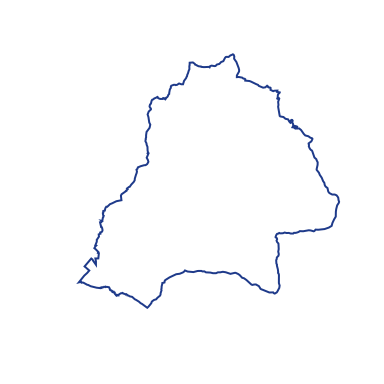 Bretcu, Covasna, Romania (orthographic projection), rotated 341°
{"feature_id": "2599482B63813155065501", "entity_name": "Bretcu", "entity_type": "district", "adm_level": 2, "iso_a3": "ROU", "parent_name": "Romania", "parent_adm1": "Covasna", "projection": "orthographic", "projection_center": [26.35, 46.045], "detail": "fine", "context": "isolated", "style": "outline", "palette": "blue", "viewbox_px": 384, "rotation_deg": 341, "n_neighbors": 0, "source": "geoboundaries", "source_scale": "gbopen_adm2", "svg_char_len": 5961}
<svg xmlns="http://www.w3.org/2000/svg" viewBox="0 0 384 384"><g transform="rotate(341 192 192)"><path d="M313.0,269.5L314.7,267.0L317.5,264.1L319.9,262.1L321.6,257.5L322.8,255.1L324.9,251.9L327.1,250.2L327.9,249.2L327.9,247.5L328.4,245.1L328.2,243.9L327.6,242.2L326.2,240.9L323.7,240.0L321.7,237.9L321.2,236.9L321.0,235.6L321.4,232.4L320.2,230.5L319.9,229.6L319.8,228.4L320.1,226.4L319.5,224.4L319.3,220.7L318.4,217.4L318.3,215.1L317.1,211.7L317.2,211.1L319.6,207.2L320.5,204.8L320.2,202.9L320.2,201.4L319.0,199.3L319.0,192.5L318.8,191.7L318.1,190.9L317.5,189.3L317.3,186.9L318.0,185.5L317.9,184.4L318.1,184.0L321.3,183.0L322.9,181.4L323.2,180.9L323.1,180.4L321.5,179.1L320.2,177.2L317.5,175.4L316.6,173.5L315.3,168.9L314.0,166.8L310.4,165.7L309.8,165.0L310.1,164.5L310.8,164.2L312.5,164.8L312.7,164.5L312.4,164.1L310.6,162.9L308.5,163.7L308.1,163.5L309.1,162.5L309.5,161.6L309.7,160.3L309.4,158.9L310.4,157.3L310.2,156.5L309.5,156.2L308.1,156.8L307.7,157.5L308.0,158.6L307.6,158.7L306.9,157.1L306.5,154.6L304.2,153.2L302.9,150.9L300.1,149.3L299.7,148.6L301.2,139.4L302.1,137.8L302.8,134.8L304.9,132.1L304.7,131.5L303.4,131.8L303.1,131.7L303.0,131.4L303.8,130.5L304.6,128.6L305.2,127.6L307.3,126.6L307.4,126.4L305.0,125.0L305.7,123.9L302.6,123.0L301.6,123.1L299.5,121.0L300.2,119.2L299.9,118.7L298.8,118.3L298.1,117.5L298.3,117.1L297.6,116.0L295.5,116.9L293.2,116.5L289.7,113.4L289.3,112.2L287.9,111.0L283.7,106.8L282.5,105.8L278.6,104.0L279.1,102.8L278.7,102.1L277.5,101.5L276.7,100.2L273.7,98.5L271.8,98.0L272.4,96.4L275.7,93.4L276.3,92.0L276.5,90.0L276.3,83.5L275.3,80.1L275.3,79.4L276.1,77.7L276.1,76.0L275.8,75.4L275.3,75.1L274.0,75.4L272.9,75.3L270.6,76.2L268.4,75.4L267.8,75.4L266.8,76.0L264.2,78.5L261.8,78.6L259.6,79.8L257.0,79.6L255.3,80.5L254.3,80.3L251.7,78.9L250.2,78.9L249.3,79.8L249.0,79.3L243.9,77.8L241.5,76.7L241.4,76.3L239.4,75.4L238.0,74.2L237.8,73.7L236.4,72.5L236.4,71.8L235.0,69.8L231.9,69.0L230.9,71.6L230.5,72.0L229.5,75.1L228.5,76.1L226.8,78.5L225.7,79.6L225.0,80.9L224.6,81.1L223.5,82.4L220.7,84.3L218.6,87.2L216.9,86.6L215.1,85.2L212.7,85.8L211.3,85.6L210.9,85.1L209.7,84.7L207.0,84.8L206.4,85.3L205.9,86.6L204.4,87.9L202.7,90.9L202.4,91.8L201.3,92.4L200.3,93.6L199.3,94.3L198.3,94.4L197.8,95.1L196.9,95.7L196.7,95.4L197.0,95.0L197.0,94.6L195.8,94.2L195.4,93.8L195.2,93.8L194.7,94.5L192.6,93.8L191.6,93.2L190.5,92.1L190.5,91.2L190.2,90.8L189.3,91.1L186.6,91.3L185.6,91.8L184.4,91.8L183.5,92.6L181.9,95.1L180.8,95.6L179.8,97.1L179.7,97.5L179.8,98.6L180.3,99.6L180.0,100.6L177.3,101.8L175.3,104.2L175.2,107.0L174.2,112.4L174.5,114.7L172.8,117.5L168.6,120.4L167.1,123.3L166.3,125.6L165.7,126.2L165.6,127.0L165.1,127.5L164.5,128.9L164.8,131.1L164.5,132.5L164.6,134.8L163.5,138.4L163.3,140.4L162.6,140.9L162.8,141.3L163.3,141.5L160.3,144.9L160.7,147.1L160.6,149.2L160.3,149.6L158.7,151.0L156.9,151.5L155.4,151.1L151.9,150.9L148.8,151.1L148.1,152.2L146.8,152.8L146.6,154.8L145.5,156.5L144.9,157.1L142.3,160.7L141.6,162.3L140.2,163.5L137.0,165.2L134.8,166.8L134.1,166.7L131.7,167.5L132.0,168.5L130.1,169.3L130.2,169.6L124.7,171.2L123.6,172.3L122.6,176.8L117.5,176.1L112.7,176.7L110.5,176.8L107.0,178.4L106.2,178.0L104.8,179.1L103.5,181.2L102.0,181.0L101.7,181.5L101.8,182.1L100.8,182.9L100.9,183.7L100.6,184.0L100.4,185.6L100.7,185.8L100.5,186.1L100.2,186.1L100.0,186.8L99.4,187.2L98.0,189.7L97.5,189.9L97.1,189.7L97.5,190.4L96.5,190.7L96.4,190.9L95.2,190.7L94.7,195.4L95.1,195.4L95.3,196.9L95.0,198.9L94.6,199.6L93.8,200.3L92.0,200.4L91.9,201.6L90.0,201.7L89.5,203.9L86.3,206.3L86.1,207.3L85.6,208.2L83.2,211.0L83.9,211.5L82.8,212.1L81.4,213.3L82.3,214.8L83.9,218.2L83.2,219.0L84.0,219.6L81.8,224.3L79.0,223.4L78.6,226.3L77.5,229.5L76.2,225.0L75.9,223.3L75.1,222.1L66.2,227.4L69.3,232.8L66.6,234.4L62.9,236.0L55.6,240.6L57.9,240.8L58.0,241.8L59.2,242.0L59.9,242.5L62.7,245.6L63.6,246.1L65.5,248.1L70.6,251.4L74.1,253.1L74.4,252.7L75.3,253.3L75.7,252.7L75.9,252.7L77.4,253.3L77.9,253.0L78.8,253.4L79.2,253.3L79.4,253.8L80.5,253.9L82.5,255.0L82.7,255.7L82.6,256.4L82.8,257.0L82.6,257.4L82.7,258.2L83.1,258.6L83.8,258.8L84.0,259.6L84.3,259.6L84.6,260.0L84.3,260.8L84.8,261.1L85.4,261.0L85.4,261.5L86.1,261.7L86.2,262.1L85.9,262.5L85.9,263.1L86.1,263.7L86.7,264.2L86.5,264.8L86.8,265.4L87.6,265.0L87.9,265.5L88.4,265.3L88.9,265.8L89.3,265.2L89.9,265.0L91.8,264.6L92.7,264.9L93.3,264.7L93.6,264.9L93.9,265.6L95.6,266.8L95.8,267.3L96.6,267.2L97.2,268.1L97.2,268.7L97.8,268.9L98.5,269.5L98.9,270.2L101.3,271.7L103.0,274.8L104.1,275.9L106.2,278.5L107.2,280.4L108.2,281.4L112.0,286.9L113.4,286.3L117.3,283.9L118.0,282.9L118.9,282.3L121.0,281.7L123.2,281.8L124.8,280.8L128.0,279.6L128.8,278.8L129.4,277.4L131.2,275.0L131.3,273.9L131.8,273.3L132.6,271.3L134.1,269.0L134.3,268.4L136.5,268.6L137.3,267.1L138.0,266.6L143.0,265.4L150.3,264.6L153.8,265.3L157.3,265.1L158.8,264.6L159.8,263.9L162.0,265.8L167.3,268.2L171.6,268.5L175.2,269.7L176.0,270.5L177.9,271.1L179.0,272.5L183.2,274.2L185.4,275.6L188.3,276.6L190.3,276.4L192.3,277.1L195.2,277.5L197.8,278.9L201.7,281.9L206.4,282.4L207.0,282.7L208.9,284.5L210.0,286.0L211.5,289.4L213.1,290.5L214.8,292.9L218.0,298.8L218.8,299.5L220.6,299.7L222.3,300.2L224.6,302.8L225.3,305.9L225.9,306.6L226.7,307.2L232.3,312.1L236.1,313.4L236.4,314.3L237.2,315.0L239.5,314.5L240.4,313.8L243.3,311.1L244.4,309.0L244.5,306.4L247.2,298.7L247.3,297.3L247.0,296.5L247.4,295.8L248.0,293.1L248.3,289.3L248.7,288.2L248.5,287.2L249.3,284.2L249.6,283.6L250.2,283.1L250.8,281.7L251.6,281.1L252.9,280.5L253.6,279.5L253.9,278.6L254.1,276.5L255.4,274.2L256.9,269.1L256.9,268.7L256.2,267.1L256.1,265.5L257.1,264.4L257.2,263.6L257.1,263.1L256.3,262.1L256.3,261.8L257.8,260.0L258.8,259.3L260.3,259.4L261.1,259.1L261.9,259.8L264.5,260.6L266.4,260.5L268.1,261.6L270.2,262.2L271.8,263.4L274.2,264.2L275.2,263.8L276.3,264.3L277.7,264.5L279.7,264.5L281.2,264.1L284.3,265.3L290.0,266.2L291.7,267.0L294.3,268.8L295.1,268.7L296.6,267.8L299.1,268.8L305.3,270.2L309.8,270.2L313.0,269.5Z" fill="none" stroke="#1e3a8a" stroke-width="2"/></g></svg>